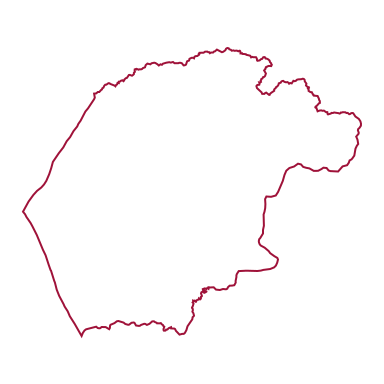 the district of Namtha, Louang Namtha, Laos
{"feature_id": "54806243B37756606625280", "entity_name": "Namtha", "entity_type": "district", "adm_level": 2, "iso_a3": "LAO", "parent_name": "Laos", "parent_adm1": "Louang Namtha", "projection": "orthographic", "projection_center": [101.504, 21.01], "detail": "fine", "context": "isolated", "style": "outline", "palette": "rose", "viewbox_px": 384, "rotation_deg": 0, "n_neighbors": 0, "source": "geoboundaries", "source_scale": "gbopen_adm2", "svg_char_len": 5852}
<svg xmlns="http://www.w3.org/2000/svg" viewBox="0 0 384 384"><path d="M179.5,334.6L182.1,333.9L183.7,333.9L184.9,332.9L186.4,330.1L187.5,326.3L192.3,319.3L192.6,317.2L193.7,316.2L194.0,315.6L193.4,313.2L192.4,311.7L192.9,310.1L192.6,308.5L192.1,308.1L192.0,307.5L192.7,306.4L193.5,303.8L193.5,303.4L192.6,302.5L193.2,301.6L193.1,300.6L193.7,300.8L194.6,300.6L195.0,301.3L195.7,301.8L196.1,301.7L196.3,300.6L197.4,299.8L198.7,299.6L199.0,298.3L200.4,299.2L200.9,298.5L200.9,296.9L201.8,296.3L201.9,295.8L201.0,293.4L201.4,292.3L203.0,291.3L203.6,292.5L204.4,292.8L205.0,292.5L204.9,292.0L206.3,291.8L206.4,291.5L203.6,290.2L202.9,289.7L202.8,289.1L204.7,288.4L206.2,289.0L206.4,288.4L207.4,288.2L208.5,288.9L208.6,288.5L208.0,287.7L208.2,287.3L208.9,287.2L209.6,287.5L213.7,287.3L216.0,289.6L219.9,290.0L223.0,289.0L226.0,289.3L227.3,288.7L227.9,287.3L229.6,285.7L232.1,285.6L234.3,285.2L235.7,282.6L235.6,281.0L236.4,277.1L236.4,275.4L236.8,274.1L238.7,271.1L246.2,270.7L257.4,271.0L260.8,270.6L263.4,269.9L270.2,269.0L274.1,267.4L275.9,265.6L277.2,262.7L278.0,259.5L277.3,257.9L274.4,256.2L270.2,253.2L268.7,251.1L264.7,247.7L260.7,245.5L259.7,244.3L259.0,242.5L258.8,241.1L259.2,239.2L260.2,238.1L263.0,233.5L263.0,230.0L263.9,225.8L263.6,214.5L264.5,211.7L265.2,208.1L265.4,204.1L265.1,199.1L266.4,196.5L271.1,196.8L275.8,195.5L278.1,191.9L282.8,180.9L284.5,174.9L286.3,170.7L289.4,168.0L294.1,166.5L298.0,163.7L301.0,164.4L303.2,166.9L306.2,167.8L309.4,168.4L313.8,170.9L318.1,170.8L321.4,169.1L323.4,167.7L326.6,168.0L328.6,170.5L330.4,171.1L338.1,171.5L342.6,166.4L347.1,165.2L348.8,162.7L349.6,160.4L351.5,159.4L352.5,158.2L354.3,155.6L355.5,148.6L356.9,145.7L358.2,144.0L357.5,139.7L356.2,136.6L358.6,133.7L358.7,132.5L357.9,130.4L358.1,129.2L359.6,127.7L360.9,125.7L361.0,123.7L360.4,121.3L358.8,118.9L355.4,116.5L353.2,113.2L352.5,113.0L351.3,113.1L350.1,114.0L349.2,114.2L347.7,112.9L346.4,113.0L345.4,112.3L342.7,112.2L341.7,112.6L340.9,112.5L340.3,113.3L339.4,113.6L338.7,113.2L334.1,112.5L332.9,113.0L331.5,112.9L330.8,113.6L328.0,114.4L327.6,114.0L327.3,112.1L326.0,112.1L323.9,110.6L322.4,110.8L321.4,110.4L319.8,110.5L317.6,111.3L316.4,107.9L315.6,107.7L315.3,107.2L315.7,106.5L316.6,106.0L319.1,103.2L319.9,102.9L319.8,101.0L319.1,99.9L318.9,98.7L317.6,96.0L313.7,95.6L313.3,95.1L313.4,94.6L312.6,93.9L311.8,92.2L310.4,92.1L308.6,90.9L308.6,89.7L308.0,88.6L308.5,88.5L309.0,87.8L308.7,87.1L307.8,87.1L306.0,85.5L306.4,83.6L304.8,81.4L304.6,79.8L304.0,79.1L302.9,78.7L301.3,79.2L298.1,79.4L296.8,79.8L295.9,80.8L294.7,81.2L293.4,80.8L291.7,83.4L290.2,83.0L289.1,83.7L288.6,82.9L287.5,82.1L286.0,82.3L284.3,81.8L283.3,80.9L282.3,81.0L281.3,81.6L280.7,82.7L278.8,83.3L278.5,84.7L277.8,85.8L276.9,86.7L276.1,87.1L275.6,88.2L274.6,88.9L274.1,89.8L274.2,90.8L271.2,92.8L270.0,93.9L269.6,94.9L269.1,94.9L266.2,92.6L265.2,93.0L264.4,93.9L262.2,93.9L261.6,92.4L257.0,88.1L256.4,86.1L257.3,85.0L259.3,84.7L259.6,83.4L259.2,82.4L260.1,82.5L261.0,81.9L260.6,80.7L261.2,79.9L261.2,79.2L262.5,78.4L263.0,77.2L264.3,76.8L265.1,75.9L265.9,73.5L264.1,70.4L265.3,69.2L265.3,68.5L265.8,67.9L265.9,67.2L266.6,67.1L267.0,66.6L268.7,65.9L271.2,66.1L271.8,64.8L271.2,64.1L271.2,63.4L269.9,61.9L269.6,60.6L268.3,59.4L266.4,58.5L265.6,58.5L264.7,57.1L263.3,57.2L262.1,58.9L261.1,59.1L259.6,60.4L257.5,60.8L257.1,60.5L256.8,58.5L256.0,57.2L253.3,57.2L252.4,56.9L251.1,57.4L250.3,55.8L249.9,55.6L246.3,54.8L246.0,54.3L245.0,54.1L242.3,53.9L242.0,53.2L240.5,53.4L240.3,51.4L239.9,50.8L239.4,50.7L238.3,51.3L236.8,50.6L234.5,50.8L233.5,50.4L231.7,50.7L230.9,49.8L229.3,49.3L228.7,48.3L227.3,48.0L226.1,48.7L225.3,50.3L223.2,51.8L221.9,52.2L216.9,49.6L215.0,51.3L213.9,51.6L213.1,52.5L211.0,52.5L209.9,53.2L209.2,52.2L208.2,52.2L207.3,51.6L205.0,51.7L203.6,52.7L199.4,52.8L198.8,53.8L199.3,54.2L199.0,54.8L197.3,56.0L195.3,56.2L194.4,57.0L194.0,58.3L193.2,57.8L191.6,57.8L189.5,58.8L189.1,60.5L187.1,61.3L186.0,64.6L184.7,65.3L183.6,65.4L181.8,63.2L180.4,62.8L179.2,62.8L178.3,63.2L174.5,63.2L173.0,62.0L170.8,62.6L169.3,62.2L166.3,62.7L162.9,63.7L161.9,64.8L160.5,64.3L158.8,65.5L157.5,64.3L155.4,63.0L154.2,62.7L151.5,63.3L150.4,64.3L147.4,63.6L145.7,65.1L145.0,67.3L142.9,68.1L142.2,68.9L141.2,69.3L139.3,69.3L138.6,69.7L137.3,69.1L136.5,69.4L136.2,68.9L134.7,69.4L134.6,70.9L134.9,71.8L133.9,72.8L133.9,74.1L133.0,75.0L132.0,75.7L129.8,74.9L128.9,75.0L126.9,77.9L125.8,78.2L124.3,79.6L124.2,80.4L123.5,81.2L122.4,80.3L121.0,80.7L119.9,81.6L118.7,81.7L118.5,82.2L118.7,83.1L117.5,83.0L117.1,84.4L116.0,85.1L115.4,86.3L114.6,85.6L110.2,83.9L109.6,83.3L108.4,83.2L106.3,84.7L105.3,84.7L104.3,85.7L103.4,87.7L102.4,88.2L101.9,89.5L101.2,89.9L99.3,92.0L97.8,92.0L96.2,93.4L94.1,93.6L94.8,97.6L94.1,99.2L88.0,108.4L85.4,111.5L80.6,120.7L78.4,123.8L77.2,126.5L73.5,131.1L70.1,137.1L66.7,141.2L63.3,147.4L58.8,153.2L52.9,161.9L51.2,168.2L49.2,174.2L46.3,180.9L44.0,184.5L41.3,187.5L37.1,190.8L33.4,194.9L28.6,201.5L23.0,211.7L25.1,214.3L26.4,216.9L30.6,223.0L32.4,226.3L36.8,235.0L42.9,249.7L45.6,255.3L48.7,264.8L50.6,270.2L51.0,270.6L54.2,280.8L54.9,282.5L56.7,289.6L59.2,295.9L63.6,304.2L64.6,306.5L67.7,311.3L69.8,316.2L74.7,323.9L81.6,336.0L82.8,333.0L84.5,330.5L86.1,329.3L96.2,326.7L97.7,328.0L99.1,328.3L100.1,328.2L101.7,327.0L105.7,327.1L109.2,329.2L109.9,327.9L110.0,325.8L110.5,324.8L114.5,323.1L116.8,321.3L118.4,321.0L123.6,322.6L125.3,324.0L128.2,324.8L129.2,324.6L131.5,322.8L133.8,322.5L134.6,323.0L136.0,325.5L138.8,325.9L139.8,325.8L141.1,324.9L144.2,323.8L145.2,323.9L146.9,324.9L149.5,323.8L152.2,321.4L153.9,321.3L155.0,322.1L156.7,322.8L157.0,323.3L160.1,323.3L160.8,323.1L161.8,324.3L163.0,325.1L163.2,325.8L164.3,326.7L163.6,328.7L163.5,329.9L163.8,330.6L165.1,330.7L165.8,330.3L166.1,329.6L167.4,329.5L168.7,328.2L171.0,327.2L171.1,328.4L174.4,328.6L175.1,329.1L175.9,330.8L179.5,334.6Z" fill="none" stroke="#9f1239" stroke-width="2"/></svg>